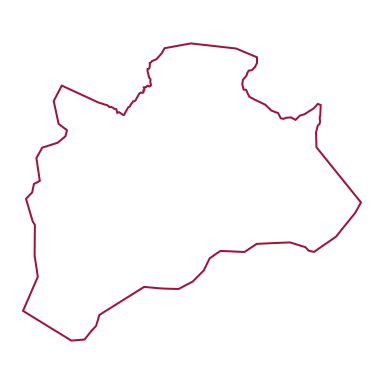 Nasarawa Egon, Nassarawa, Nigeria (Equal Earth projection)
{"feature_id": "59680162B44675208679717", "entity_name": "Nasarawa Egon", "entity_type": "district", "adm_level": 2, "iso_a3": "NGA", "parent_name": "Nigeria", "parent_adm1": "Nassarawa", "projection": "equal_earth", "projection_center": [8.399, 8.72], "detail": "fine", "context": "isolated", "style": "outline", "palette": "rose", "viewbox_px": 384, "rotation_deg": 0, "n_neighbors": 0, "source": "geoboundaries", "source_scale": "gbopen_adm2", "svg_char_len": 1947}
<svg xmlns="http://www.w3.org/2000/svg" viewBox="0 0 384 384"><path d="M23.0,310.9L71.3,340.6L84.6,339.5L91.3,331.0L96.1,325.9L99.4,314.9L144.1,286.9L157.2,288.1L164.1,288.6L178.6,289.0L187.2,284.4L188.7,283.7L192.8,281.5L203.8,270.4L209.6,258.4L216.0,253.9L220.5,250.9L229.2,251.3L244.5,252.0L256.7,243.9L268.7,243.3L290.0,242.4L297.2,244.6L305.5,247.2L308.6,250.7L314.0,251.9L336.1,236.6L342.3,228.8L355.1,213.0L361.0,202.5L316.4,147.2L316.3,140.7L316.0,132.6L317.8,125.5L319.5,124.0L320.1,121.7L319.7,117.8L320.3,114.8L320.7,105.0L317.8,103.9L313.7,108.4L307.0,112.6L304.4,114.3L299.8,115.6L295.6,119.9L291.0,117.4L285.9,117.8L283.4,118.9L280.7,118.2L278.1,113.1L271.4,110.6L265.3,104.7L256.2,100.4L249.4,96.8L248.0,94.1L246.1,89.8L243.6,89.6L242.3,84.3L242.9,79.8L246.5,75.7L247.3,72.9L248.7,70.7L251.9,70.1L254.8,67.3L257.0,63.1L257.0,57.3L236.1,48.5L218.3,46.5L191.7,43.5L191.0,43.4L188.3,43.9L184.9,44.5L180.4,45.3L168.5,47.5L164.6,48.2L161.8,53.2L156.6,59.1L152.0,61.1L150.9,62.5L149.7,63.0L149.8,64.2L149.8,66.4L149.4,67.9L148.7,68.9L147.6,69.0L147.5,70.3L147.7,71.9L148.3,73.9L148.7,76.1L149.2,77.7L150.4,79.1L150.5,79.9L150.4,81.0L150.3,82.5L151.1,85.1L149.7,86.4L149.1,86.5L148.1,85.7L147.4,85.8L146.2,87.1L143.7,87.4L143.8,87.9L144.4,88.6L144.4,89.3L144.3,90.0L143.8,90.2L143.3,90.4L143.7,91.8L142.7,92.9L140.6,92.6L139.4,93.5L138.1,95.7L136.6,98.3L135.9,99.9L134.6,101.1L133.3,101.2L132.3,102.7L131.3,103.7L130.5,105.0L129.9,106.3L128.0,107.7L126.9,109.7L125.6,111.8L124.7,113.9L124.0,115.0L123.1,114.9L119.2,112.2L118.3,112.4L117.3,112.9L116.9,111.3L116.3,109.2L115.7,109.2L114.2,108.7L113.2,107.9L111.5,107.0L109.5,107.1L107.2,105.1L105.5,104.8L102.0,103.6L98.4,102.5L61.8,85.6L53.7,101.0L58.6,123.9L67.0,130.2L65.4,136.3L57.7,142.7L42.3,147.6L36.4,158.0L39.8,180.9L33.9,184.0L32.2,192.4L26.0,198.8L30.4,213.7L32.7,221.5L34.9,224.9L34.6,255.8L36.7,269.3L37.8,276.8L23.0,310.9Z" fill="none" stroke="#9f1239" stroke-width="2"/></svg>